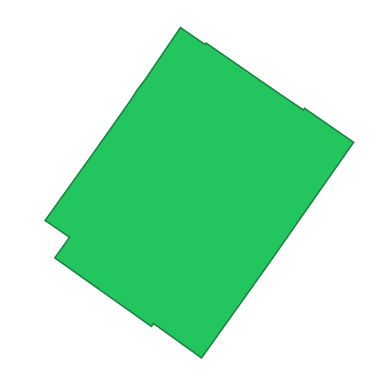 outline of Otter Tail, Minnesota, United States of America, rotated 305°
{"feature_id": "52423323B9010393281020", "entity_name": "Otter Tail", "entity_type": "district", "adm_level": 2, "iso_a3": "USA", "parent_name": "United States of America", "parent_adm1": "Minnesota", "projection": "orthographic", "projection_center": [-95.611, 46.412], "detail": "fine", "context": "isolated", "style": "filled", "palette": "green", "viewbox_px": 384, "rotation_deg": 305, "n_neighbors": 0, "source": "geoboundaries", "source_scale": "gbopen_adm2", "svg_char_len": 399}
<svg xmlns="http://www.w3.org/2000/svg" viewBox="0 0 384 384"><g transform="rotate(305 192 192)"><path d="M322.6,206.8L322.1,118.1L320.3,118.1L320.1,88.2L256.7,89.1L244.3,88.6L231.7,89.1L172.9,88.9L84.4,88.0L84.7,117.6L59.3,117.4L58.6,235.9L62.2,236.0L61.5,295.0L178.4,296.0L237.1,295.9L325.4,295.9L325.1,236.2L323.1,236.2L322.6,206.8Z" fill="#22c55e" stroke="#15803d" stroke-width="1.5"/></g></svg>